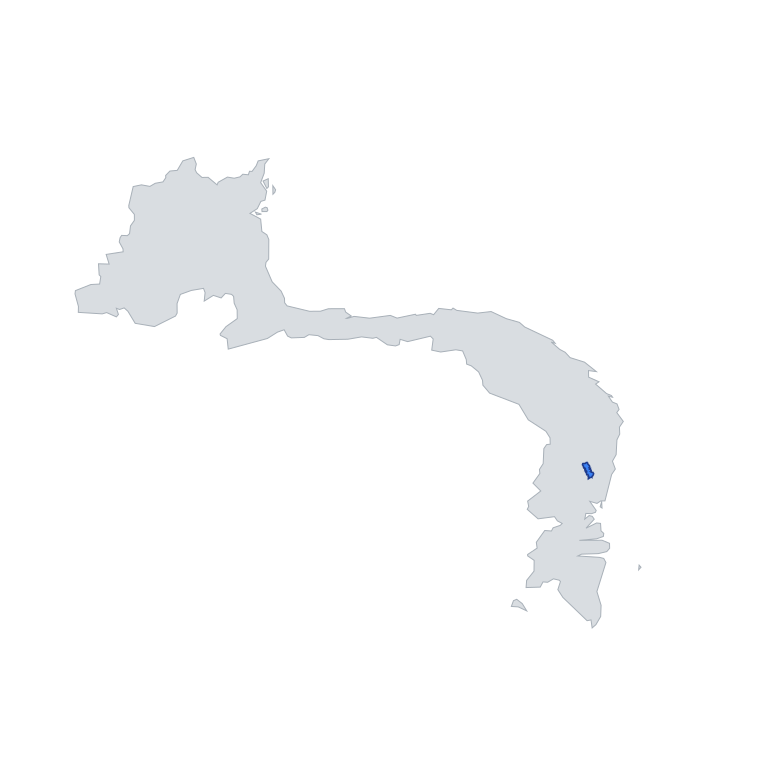 Duc Linh, Bình Thuận, Vietnam shown in context, rotated 312°
{"feature_id": "81297802B10372149063277", "entity_name": "Duc Linh", "entity_type": "district", "adm_level": 2, "iso_a3": "VNM", "parent_name": "Vietnam", "parent_adm1": "Bình Thuận", "projection": "mercator", "projection_center": [107.507, 11.194], "detail": "fine", "context": "in_parent", "style": "filled", "palette": "blue", "viewbox_px": 768, "rotation_deg": 312, "n_neighbors": 0, "source": "geoboundaries", "source_scale": "gbopen_adm2", "svg_char_len": 6558}
<svg xmlns="http://www.w3.org/2000/svg" viewBox="0 0 768 768"><g transform="rotate(312 384 384)"><path d="M474.4,147.7L467.7,148.2L460.5,153.9L451.1,157.6L448.8,167.8L441.0,172.5L437.3,170.3L429.5,172.5L421.1,170.2L424.0,182.0L415.6,191.2L416.5,197.1L414.3,201.7L399.7,214.7L395.4,214.9L392.2,217.1L385.1,232.5L384.2,245.4L381.1,252.7L377.9,255.8L377.2,259.7L388.2,280.0L395.6,288.1L402.7,292.3L413.5,304.2L411.8,307.4L412.6,314.1L407.6,312.1L408.2,312.9L414.2,316.5L423.3,329.3L439.2,342.8L441.7,349.6L456.9,360.7L456.6,362.1L467.4,371.0L468.7,374.5L476.8,374.1L484.2,384.4L486.6,384.5L487.4,388.8L499.4,406.2L509.5,415.1L514.4,431.2L520.4,443.4L520.5,450.4L529.4,480.1L528.8,484.0L527.1,480.2L527.3,491.4L528.8,497.4L528.1,504.6L534.4,518.4L535.3,533.5L530.8,527.0L526.0,531.5L529.5,542.3L525.5,541.3L525.8,555.8L527.6,560.8L527.1,562.7L525.1,558.9L523.4,565.8L525.1,570.5L522.4,575.7L518.5,576.1L516.3,586.9L509.5,587.8L504.5,592.7L498.3,594.5L486.8,603.8L479.5,605.4L475.6,612.8L469.1,613.7L445.0,626.4L442.2,623.3L437.8,622.2L434.5,615.4L432.0,626.3L430.1,627.0L426.4,624.9L422.9,620.6L417.9,623.6L423.5,624.5L425.0,627.3L424.2,630.7L412.0,630.6L423.0,635.0L425.3,638.2L420.1,643.5L420.0,647.3L417.5,649.0L411.4,645.7L398.5,633.8L413.8,650.6L416.5,658.2L412.9,661.6L408.5,661.7L401.3,656.7L389.8,644.7L385.9,643.1L399.4,660.2L401.4,664.0L399.8,668.4L372.2,681.1L364.8,693.4L356.2,700.6L347.0,702.5L342.0,701.9L347.2,695.7L344.0,693.3L345.1,659.7L347.5,650.8L355.3,647.3L355.4,645.4L352.6,640.3L346.2,638.3L343.3,634.6L337.6,636.0L327.8,625.8L333.5,621.4L345.3,620.7L353.4,613.6L352.4,605.8L353.4,604.8L364.5,607.6L368.3,603.1L382.7,601.5L386.8,606.8L390.3,605.9L396.9,609.6L399.6,609.7L398.3,604.4L399.5,599.5L386.9,588.7L386.7,574.3L389.8,573.5L393.1,569.1L409.4,572.1L410.0,561.0L421.8,559.7L424.5,556.7L431.3,555.6L443.0,546.0L447.8,545.4L450.5,547.8L455.1,543.4L457.2,536.0L453.9,515.2L459.2,497.9L447.9,468.6L449.3,458.3L452.7,454.7L456.3,446.2L455.9,436.8L454.1,432.1L457.2,428.8L461.2,420.3L457.5,414.5L445.7,404.7L441.1,396.8L450.4,390.4L450.6,386.5L431.3,373.2L428.0,366.1L423.4,368.9L420.0,367.1L415.4,360.3L413.6,347.2L410.5,345.1L404.0,335.8L393.1,327.2L380.1,313.3L377.4,309.1L375.8,302.6L370.4,295.2L365.3,293.6L356.2,284.2L355.1,280.3L357.5,273.5L351.2,270.1L339.8,266.9L305.7,244.9L312.7,237.1L310.7,229.9L311.5,228.7L320.9,228.2L334.4,231.2L340.9,225.2L343.8,218.6L348.5,213.6L348.6,210.7L345.2,205.5L339.0,205.4L335.7,197.9L325.3,194.9L332.2,189.9L334.3,185.9L324.6,178.2L314.3,172.7L305.3,176.4L298.3,182.8L295.0,183.6L273.1,175.0L262.6,158.5L266.7,145.0L266.7,140.0L262.4,137.6L261.2,134.4L258.0,140.1L254.8,140.2L251.5,130.1L247.6,127.7L232.7,108.9L237.2,105.0L244.2,94.1L246.9,92.2L261.8,99.6L268.0,105.8L274.4,101.6L274.5,99.3L282.3,91.4L289.2,99.5L294.4,90.8L307.7,101.7L309.8,99.6L312.4,92.2L316.1,90.0L318.9,89.6L322.5,94.0L325.5,94.3L331.9,89.8L338.6,89.0L343.0,85.0L344.3,76.5L345.9,74.9L362.9,65.5L369.7,70.5L374.2,77.8L380.1,79.7L386.3,84.5L391.3,83.8L392.9,82.2L399.0,82.4L404.4,87.4L415.2,85.2L425.1,91.0L421.9,97.3L416.9,100.2L415.6,103.4L415.7,110.5L419.9,115.0L420.3,126.7L423.0,125.8L433.0,129.2L436.7,135.0L441.6,138.4L445.4,138.7L448.7,143.2L452.1,141.7L453.7,143.7L460.7,143.0L465.6,141.2L474.4,147.7ZM312.8,626.7L313.3,633.7L310.9,641.9L308.2,632.9L303.9,627.5L309.6,625.2L312.8,626.7ZM459.1,160.6L453.2,166.2L450.9,166.1L453.9,158.3L459.1,160.6ZM435.5,181.4L433.8,181.6L430.5,178.0L432.3,176.1L436.0,177.5L436.8,179.1L435.5,181.4ZM455.8,173.5L453.4,174.6L450.7,174.5L457.0,168.7L455.8,173.5ZM425.7,173.4L428.2,179.3L424.7,176.3L425.7,173.4ZM442.3,624.4L437.7,629.0L437.4,626.8L442.3,624.4ZM419.8,697.6L416.3,697.6L420.1,694.8L419.8,697.6Z" fill="#d9dde1" stroke="#a8b0b8" stroke-width="1"/><path d="M456.7,585.7L456.6,586.3L456.5,586.5L456.5,586.9L456.4,586.9L456.4,587.0L456.3,587.4L456.2,587.5L455.9,587.6L455.8,587.8L455.7,587.8L455.6,588.0L455.7,588.3L455.8,588.3L455.8,588.5L455.8,588.8L455.7,588.9L455.7,589.0L455.8,589.3L455.7,589.3L455.8,589.4L455.7,589.5L455.8,589.5L455.8,589.8L455.9,590.0L455.8,590.3L455.8,590.5L455.7,590.6L455.4,590.8L455.2,590.8L455.2,591.0L454.9,591.1L454.9,590.8L454.7,590.9L454.7,591.0L454.9,591.3L454.8,591.5L454.6,591.5L454.8,591.7L454.8,591.8L454.7,591.7L454.4,591.6L454.2,591.7L454.2,591.8L454.3,591.8L454.4,592.0L454.2,592.2L454.0,592.3L454.2,592.6L453.9,592.5L453.9,592.8L454.0,593.0L453.9,593.0L453.8,592.9L453.7,592.9L453.7,593.0L453.7,593.3L453.7,593.5L453.5,593.4L453.5,593.5L453.4,593.5L453.2,593.6L453.2,593.8L453.3,593.9L453.3,594.0L453.2,594.1L453.1,594.3L453.0,594.5L452.8,594.9L452.7,594.9L452.5,595.0L452.4,595.2L452.2,595.3L452.2,595.6L452.3,595.7L452.4,595.8L452.5,595.8L452.7,596.0L452.8,596.1L452.9,596.3L453.0,596.3L452.9,596.5L452.8,596.9L452.7,597.1L452.6,597.3L452.5,597.5L452.4,597.5L452.4,597.4L452.2,597.4L452.1,597.5L451.9,597.8L451.7,597.8L451.7,598.0L451.8,598.1L451.8,598.3L451.7,598.5L451.4,598.8L451.3,599.0L451.2,598.9L450.9,598.8L450.7,598.8L450.5,599.0L450.8,599.0L451.0,599.3L451.1,599.2L451.3,599.2L451.2,599.3L451.3,599.3L451.5,599.3L451.6,599.5L451.9,599.5L452.0,599.7L452.3,599.7L452.5,599.8L452.8,600.0L453.0,600.2L453.0,600.3L453.3,600.4L453.5,600.5L453.8,600.7L453.8,600.8L453.9,600.7L454.0,600.8L454.3,600.7L454.5,600.6L454.8,600.5L454.9,600.4L455.1,600.5L455.3,600.6L455.5,600.5L455.9,600.3L456.1,600.4L456.3,600.4L456.5,600.4L456.8,600.3L457.0,600.1L457.7,599.5L457.8,599.5L457.8,599.4L457.9,599.2L457.9,598.9L457.9,598.7L458.1,598.4L457.6,597.7L457.3,597.4L457.2,597.3L457.1,596.5L457.3,596.7L457.6,596.7L457.8,596.4L458.0,596.2L458.1,595.8L458.3,595.8L458.3,595.7L458.4,595.4L458.5,595.3L458.4,595.2L458.5,595.1L458.6,594.9L458.7,594.7L458.8,594.6L458.8,594.4L458.7,594.3L458.8,594.3L458.7,594.3L458.7,594.2L458.8,594.1L458.7,594.0L458.8,594.0L458.8,593.9L458.9,593.7L459.0,593.7L458.8,593.5L458.8,593.4L458.9,593.2L458.7,593.3L458.7,593.2L458.7,592.9L458.8,592.8L458.9,592.7L459.0,592.7L459.1,592.8L459.3,592.7L459.4,592.8L459.4,592.7L459.5,592.8L459.6,592.7L459.6,592.8L459.7,592.7L459.8,592.6L460.0,592.5L460.7,591.5L460.6,591.3L460.7,591.1L460.8,591.0L460.8,590.9L460.7,590.7L460.9,590.4L460.9,590.0L460.8,589.5L460.9,589.1L461.1,588.8L461.4,588.5L461.5,588.4L461.4,588.2L461.4,587.8L461.5,587.7L461.6,587.4L461.4,587.3L461.3,587.1L460.9,586.8L460.7,586.9L460.3,586.8L459.9,586.8L459.4,586.6L459.3,586.4L459.2,586.2L458.8,586.0L458.7,585.9L458.7,585.7L458.4,585.5L458.0,585.0L457.7,585.0L457.4,585.3L457.2,585.4L457.0,585.5L456.8,585.6L456.7,585.6L456.7,585.7Z" fill="#3b82f6" stroke="#1e3a8a" stroke-width="1.5"/></g></svg>